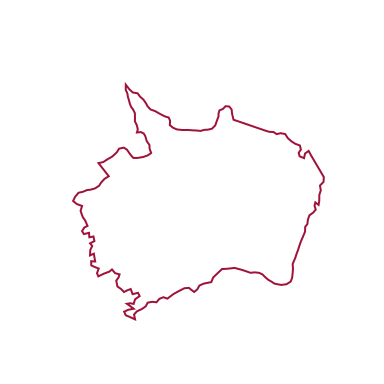 outline of Vargem Bonita, Santa Catarina, Brazil, rotated 242°
{"feature_id": "56859067B32510958714119", "entity_name": "Vargem Bonita", "entity_type": "district", "adm_level": 2, "iso_a3": "BRA", "parent_name": "Brazil", "parent_adm1": "Santa Catarina", "projection": "mercator", "projection_center": [-51.749, -26.945], "detail": "fine", "context": "isolated", "style": "outline", "palette": "rose", "viewbox_px": 384, "rotation_deg": 242, "n_neighbors": 0, "source": "geoboundaries", "source_scale": "gbopen_adm2", "svg_char_len": 2746}
<svg xmlns="http://www.w3.org/2000/svg" viewBox="0 0 384 384"><g transform="rotate(242 192 192)"><path d="M209.2,76.6L205.6,76.8L204.3,81.9L200.2,80.1L199.0,84.1L194.5,82.8L194.5,77.9L191.2,78.6L188.6,75.0L183.9,72.2L183.6,76.4L179.6,75.0L176.1,73.9L178.2,70.5L174.5,68.6L171.7,70.7L168.2,73.7L164.9,70.0L161.5,69.7L161.3,75.5L160.5,81.8L161.2,85.0L156.4,86.0L153.3,89.4L151.0,87.0L149.3,83.5L143.6,81.8L139.7,83.8L135.6,85.0L135.6,88.4L135.1,92.3L129.7,91.6L128.3,97.0L124.7,96.9L124.0,91.4L120.6,87.9L122.8,85.2L123.8,82.1L119.8,84.1L116.3,85.7L117.9,80.6L118.2,75.9L114.3,75.6L110.9,78.4L106.3,81.9L111.0,83.3L112.5,87.4L112.2,93.0L112.8,97.5L115.1,100.9L113.7,105.4L111.3,108.9L113.0,113.0L112.5,117.4L109.4,120.2L110.6,127.7L110.7,134.3L110.6,140.1L108.8,144.3L105.6,145.6L102.7,147.0L103.5,150.9L105.9,154.6L105.7,158.8L104.7,162.4L103.4,166.7L106.6,170.6L107.9,175.1L108.9,178.8L109.9,182.3L107.9,186.6L106.3,190.5L105.0,194.0L102.4,196.7L100.0,199.3L97.0,202.2L93.3,205.6L91.4,210.0L89.1,213.3L86.2,215.5L83.2,216.4L78.7,218.1L75.2,220.3L72.5,221.7L70.3,224.3L68.1,227.1L66.2,232.1L66.6,237.1L69.2,240.1L73.0,242.7L76.8,245.1L81.2,247.1L85.3,252.2L88.3,255.3L91.2,258.6L94.6,262.1L97.1,264.8L100.2,268.7L103.9,273.2L108.1,275.6L109.6,278.9L113.0,281.2L116.3,284.7L116.9,289.3L118.4,293.0L122.3,293.7L124.9,296.0L121.2,297.7L124.4,300.2L129.6,303.0L133.0,306.5L137.6,308.0L139.2,312.9L143.3,315.4L168.8,314.3L173.5,314.3L172.9,309.9L169.3,306.8L173.0,303.8L176.5,304.6L178.4,308.1L182.4,309.1L186.1,305.8L189.8,303.7L194.5,301.9L199.4,301.5L202.3,297.9L203.4,293.9L206.6,292.2L208.8,288.6L211.1,286.2L236.3,262.6L242.2,264.1L246.2,265.7L250.0,265.0L252.0,261.9L250.8,258.2L251.2,254.6L249.0,252.4L246.2,250.8L243.4,247.6L239.9,243.8L238.5,239.3L239.6,235.2L241.1,232.1L241.9,228.3L243.9,225.3L246.1,221.6L248.7,217.5L251.4,212.4L254.3,208.1L257.5,205.5L261.4,203.8L265.2,206.1L268.7,206.4L271.2,203.8L274.1,201.7L277.2,199.6L280.5,197.6L284.4,194.1L288.5,193.0L291.9,193.0L296.3,192.5L300.6,190.9L304.7,190.3L307.7,186.4L312.2,184.9L317.8,183.9L313.2,181.4L309.3,181.2L306.0,180.0L302.9,179.5L299.4,178.6L295.7,178.2L292.5,178.7L288.5,178.6L284.1,176.4L281.3,174.8L276.7,174.6L272.7,173.5L270.4,171.3L268.9,175.0L266.4,176.8L263.3,177.0L258.2,175.9L253.6,176.5L249.9,174.8L245.6,174.3L245.1,170.4L245.8,165.4L247.7,159.8L249.6,156.2L252.8,155.4L255.9,154.9L259.8,154.5L263.2,152.6L264.5,148.0L262.3,144.1L260.7,138.1L260.6,133.2L260.1,127.7L261.4,123.0L245.0,125.9L244.7,121.0L243.0,116.2L241.1,112.8L240.7,108.1L241.7,103.4L243.0,100.2L243.4,95.8L244.6,91.4L242.7,86.7L239.9,82.8L235.5,84.6L231.3,88.4L227.7,84.8L224.3,84.2L221.2,83.8L216.7,84.3L211.1,83.8L211.2,80.4L209.2,76.6Z" fill="none" stroke="#9f1239" stroke-width="2"/></g></svg>